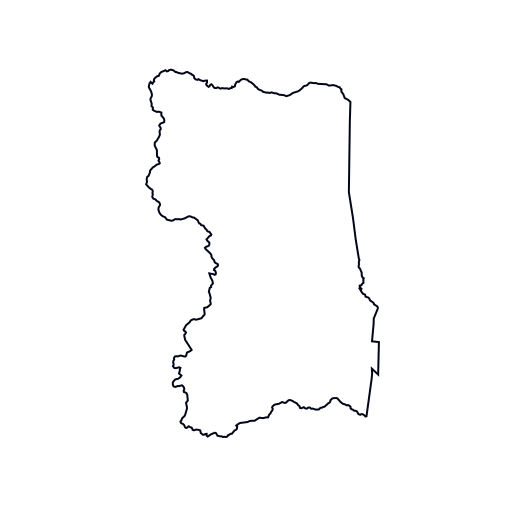 outline of Tongaren, Western, Kenya, rotated 108°
{"feature_id": "3690345B81576383525982", "entity_name": "Tongaren", "entity_type": "district", "adm_level": 2, "iso_a3": "KEN", "parent_name": "Kenya", "parent_adm1": "Western", "projection": "albers", "projection_center": [34.939, 0.777], "detail": "fine", "context": "isolated", "style": "outline", "palette": "ink", "viewbox_px": 512, "rotation_deg": 108, "n_neighbors": 0, "source": "geoboundaries", "source_scale": "gbopen_adm2", "svg_char_len": 6106}
<svg xmlns="http://www.w3.org/2000/svg" viewBox="0 0 512 512"><g transform="rotate(108 256 256)"><path d="M94.6,276.4L94.4,279.1L94.7,280.7L95.4,283.6L95.0,287.0L95.5,288.4L95.6,291.8L96.7,293.3L96.9,295.2L97.4,296.5L97.7,300.0L97.0,301.3L96.8,304.7L96.3,306.1L95.3,307.4L95.1,309.0L94.0,310.4L92.4,314.1L92.0,317.0L90.9,318.8L91.3,319.9L91.2,321.1L91.5,322.5L92.2,323.9L93.4,325.0L95.8,326.2L95.6,327.2L96.6,328.2L99.3,328.8L101.1,328.5L102.2,329.6L102.3,331.1L103.8,331.0L104.3,332.3L105.5,333.4L105.4,335.1L106.4,337.8L106.8,340.2L107.6,341.1L107.8,342.2L107.4,343.5L107.6,344.7L108.6,345.7L109.0,347.3L108.4,348.6L106.8,350.5L106.5,351.6L107.6,352.5L109.0,352.6L109.8,353.4L108.8,355.8L107.9,356.6L106.2,356.2L104.3,356.8L105.0,358.8L106.0,360.0L106.0,363.6L105.6,365.4L106.6,366.2L106.7,367.6L106.4,368.7L105.8,369.8L104.2,370.5L103.5,371.5L103.5,372.7L102.8,373.7L102.8,375.0L102.2,378.1L103.0,379.6L104.5,381.0L105.4,382.5L105.6,383.6L105.9,387.2L105.6,388.3L105.9,389.5L104.9,392.1L105.1,394.5L105.9,396.0L107.2,396.6L108.0,397.8L107.3,399.5L110.5,403.1L112.2,403.9L114.9,404.2L115.3,405.3L117.6,406.9L119.0,407.5L120.4,407.5L121.4,406.7L122.5,407.4L124.1,407.7L123.7,409.0L123.0,410.0L124.5,410.6L128.1,410.3L129.0,409.7L131.9,406.6L134.7,404.8L136.2,404.5L138.6,404.9L140.0,404.7L143.5,402.2L145.6,401.8L146.7,399.9L148.8,399.4L149.3,397.8L149.6,394.7L148.8,393.2L148.8,390.3L151.7,389.4L153.7,386.1L155.3,385.1L157.1,384.7L159.6,387.8L161.9,388.4L163.6,386.3L164.7,385.8L166.3,386.3L167.6,386.1L170.3,384.9L172.3,385.0L177.2,386.1L179.3,387.3L181.7,386.7L182.6,386.2L185.9,383.0L191.3,381.1L192.4,380.2L192.5,378.7L193.7,378.0L195.5,378.2L196.4,377.0L197.6,376.2L198.6,376.9L199.8,378.7L202.2,380.2L203.4,381.4L207.4,383.1L209.2,382.7L212.9,382.9L214.3,383.9L216.2,383.8L217.8,383.3L218.8,382.6L221.8,382.6L223.5,379.8L224.7,377.0L224.9,375.6L225.5,374.7L226.6,374.1L228.0,374.0L228.9,373.3L231.9,372.9L233.2,371.3L233.3,368.9L234.2,367.7L234.8,364.9L235.9,363.6L237.1,363.0L240.0,363.6L242.2,363.1L244.8,361.1L246.3,359.0L247.0,356.9L247.3,354.3L249.0,351.9L248.6,347.2L247.6,345.7L245.9,344.3L245.3,341.9L244.6,340.3L244.7,339.2L242.3,335.5L239.2,332.5L238.6,330.9L238.9,328.1L238.6,326.7L240.1,322.4L242.5,320.3L242.6,318.8L243.6,317.7L243.4,315.2L245.5,312.9L246.1,311.5L247.5,309.7L247.5,307.7L249.4,305.1L250.6,305.3L251.4,306.4L255.5,308.2L256.5,307.1L257.6,304.6L259.1,304.0L260.6,304.0L261.6,304.8L262.5,306.2L264.0,307.1L265.0,306.0L267.6,300.4L268.8,298.8L270.6,298.0L271.6,297.0L273.0,294.5L274.8,293.3L275.3,291.6L275.4,290.1L276.3,289.3L277.5,289.3L279.5,291.0L281.0,291.8L282.4,291.6L282.6,290.3L283.4,289.6L284.5,288.9L285.8,288.7L286.7,289.4L286.4,290.9L287.0,295.0L290.6,292.4L292.9,289.9L295.4,288.5L298.1,289.6L299.4,289.1L300.6,290.1L304.6,289.8L305.7,288.8L309.9,286.1L312.7,285.9L314.3,284.8L316.0,284.2L319.8,286.5L321.3,289.2L322.4,289.0L326.8,287.0L328.1,286.9L329.6,287.8L331.1,288.2L332.1,288.7L334.7,292.6L335.2,293.8L335.1,295.1L335.6,296.2L337.4,298.1L339.8,298.8L343.4,301.1L348.6,302.1L349.4,301.2L349.6,299.9L350.3,299.0L351.9,299.2L353.1,299.8L354.2,299.5L357.6,297.5L365.2,288.2L366.8,289.2L369.1,291.8L372.5,291.6L373.6,292.3L374.0,297.1L375.8,299.6L375.9,300.9L376.7,302.1L378.3,302.5L379.9,301.8L381.2,302.2L382.8,301.9L384.1,301.0L385.2,300.7L386.4,301.0L387.7,299.2L387.5,297.7L385.6,294.7L385.8,293.3L387.4,293.4L388.6,293.0L391.5,293.0L392.7,290.0L394.3,290.4L395.9,291.4L396.8,292.1L398.3,294.6L400.0,295.5L402.0,296.0L404.0,295.4L405.5,294.1L405.4,292.1L403.9,290.4L403.5,288.9L401.9,286.6L402.3,285.2L403.5,283.8L405.0,283.0L406.6,283.2L407.7,282.4L407.6,281.1L408.0,279.6L409.3,278.5L414.5,276.2L417.3,277.2L420.8,275.1L422.5,274.5L429.1,274.3L430.2,274.5L433.2,276.1L435.6,276.2L436.8,276.7L438.1,275.6L438.3,273.6L439.2,271.8L440.5,270.9L441.1,270.0L441.0,268.9L438.7,267.3L439.2,265.8L439.1,264.3L439.8,263.3L441.0,262.5L440.9,261.0L439.6,259.3L439.1,257.2L439.1,255.2L441.4,253.8L442.4,251.4L442.1,250.3L440.9,249.2L440.4,248.0L442.1,247.5L442.6,246.1L439.7,243.9L436.8,240.6L436.9,239.2L438.8,237.1L438.6,234.4L438.1,232.9L438.4,231.6L437.7,230.3L437.5,228.6L436.4,227.4L435.1,227.2L434.2,226.1L433.0,225.3L432.5,224.0L428.6,222.5L427.6,221.4L426.4,220.8L423.9,221.2L423.4,222.4L420.8,220.6L419.7,219.5L416.6,212.9L414.6,210.6L413.1,206.4L409.3,203.3L408.6,202.5L408.3,200.1L407.8,198.8L406.3,196.4L405.8,194.7L402.7,194.4L401.2,193.6L399.4,193.4L397.9,192.8L396.3,192.8L395.0,193.9L393.7,193.7L392.2,192.8L391.1,191.6L389.6,188.7L386.8,186.0L386.9,183.3L386.3,182.2L383.5,180.7L382.8,180.0L382.4,178.7L382.6,176.2L383.0,175.1L383.5,171.7L384.7,170.0L385.5,168.1L386.9,167.2L386.7,165.7L385.0,163.8L385.6,162.5L385.7,161.1L385.1,160.2L383.9,159.4L383.5,158.0L384.2,156.3L383.6,154.9L383.6,151.6L382.5,148.8L380.5,147.8L379.8,146.3L378.8,145.5L378.2,144.3L373.7,141.7L372.7,140.7L371.4,140.4L370.1,140.6L368.0,139.4L367.3,138.6L366.2,135.5L366.4,134.3L368.6,130.7L369.8,127.4L369.6,126.0L370.0,123.4L369.3,122.3L369.6,120.8L370.2,119.5L371.6,119.0L372.2,117.9L372.2,116.5L372.8,115.0L372.4,113.2L372.6,112.0L374.7,109.7L374.8,107.8L373.9,107.1L373.5,105.6L374.0,103.8L374.8,102.4L374.3,101.4L336.9,108.1L332.0,109.2L327.3,111.0L331.0,103.2L299.9,112.5L301.3,119.3L284.5,123.1L279.0,124.7L268.5,123.9L267.2,124.3L266.4,125.2L265.5,128.8L264.5,129.4L263.6,131.5L263.1,133.7L261.3,135.3L260.8,136.4L260.8,139.3L259.8,139.8L258.9,140.6L259.0,142.4L256.7,145.6L255.1,145.6L255.6,146.6L254.8,147.6L253.9,146.8L253.2,147.8L252.1,148.2L251.2,146.7L249.5,146.4L248.3,145.5L245.2,146.7L243.9,146.6L243.6,147.9L242.3,149.2L239.1,150.4L235.8,153.3L235.1,154.7L233.9,155.3L232.5,155.4L229.3,156.5L227.8,156.4L226.7,157.4L209.6,166.2L189.9,175.5L166.6,187.4L98.5,208.5L80.3,213.8L79.0,216.6L78.4,220.4L75.1,223.0L73.3,225.6L72.3,226.0L71.1,226.2L70.7,227.4L69.7,228.6L69.8,230.6L69.4,232.0L69.6,235.4L71.4,239.2L70.9,242.0L73.1,250.2L73.0,252.7L73.7,254.2L74.3,257.9L75.3,259.0L77.6,260.0L78.7,261.3L79.3,262.5L80.4,263.4L81.7,263.8L85.1,265.8L86.3,266.8L89.0,270.6L90.0,271.7L92.3,273.4L94.6,276.4Z" fill="none" stroke="#020617" stroke-width="2"/></g></svg>